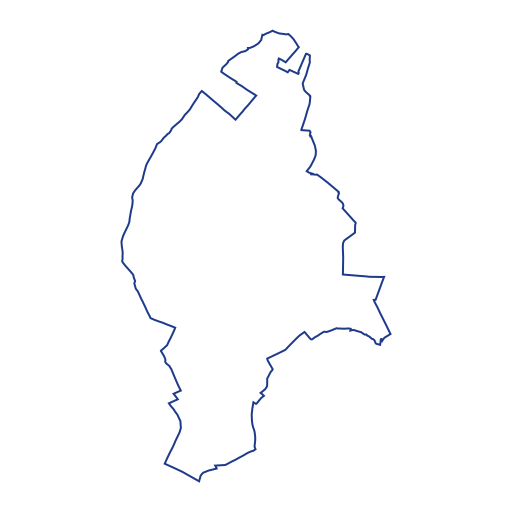 the district of Simian, Bihor, Romania
{"feature_id": "2599482B37534807810432", "entity_name": "Simian", "entity_type": "district", "adm_level": 2, "iso_a3": "ROU", "parent_name": "Romania", "parent_adm1": "Bihor", "projection": "natural_earth1", "projection_center": [22.074, 47.478], "detail": "fine", "context": "isolated", "style": "outline", "palette": "blue", "viewbox_px": 512, "rotation_deg": 0, "n_neighbors": 0, "source": "geoboundaries", "source_scale": "gbopen_adm2", "svg_char_len": 6008}
<svg xmlns="http://www.w3.org/2000/svg" viewBox="0 0 512 512"><path d="M255.5,449.3L254.7,447.1L254.6,445.8L255.2,440.5L255.2,438.6L255.2,436.8L255.0,435.5L254.9,434.0L254.5,431.6L254.3,430.6L253.8,429.1L253.3,427.7L252.9,426.7L252.4,424.0L252.0,421.4L251.8,417.6L251.7,414.6L252.1,410.7L252.4,408.3L253.4,402.3L255.8,403.8L256.5,403.7L259.0,400.6L261.0,398.2L263.9,395.8L262.3,394.3L260.6,392.9L261.9,391.9L263.6,390.5L265.2,389.2L266.5,387.2L267.0,386.2L267.2,384.2L267.2,380.7L267.2,378.6L270.7,371.9L272.1,370.4L272.7,369.2L269.1,363.0L267.9,360.8L267.2,358.9L267.2,358.6L280.0,352.5L284.4,350.3L285.3,349.9L285.6,349.6L288.4,346.6L294.4,340.5L296.6,338.3L298.9,336.1L300.1,335.1L304.5,332.0L305.0,332.5L309.7,338.1L310.6,339.0L311.1,339.3L311.5,339.4L311.9,339.4L312.3,339.2L314.3,337.7L315.8,336.7L317.5,335.9L320.2,334.0L321.6,333.2L322.8,332.4L323.5,332.0L323.9,331.8L324.5,331.7L325.2,331.8L326.2,332.0L327.2,331.8L328.5,331.4L331.3,330.4L332.7,329.8L335.0,328.9L336.5,328.2L337.7,328.5L340.5,328.5L342.3,328.7L347.1,328.6L348.2,328.4L350.7,328.8L350.6,329.7L350.4,330.6L352.4,330.1L353.5,329.9L354.3,330.2L355.5,330.5L356.6,330.9L358.6,331.5L361.2,332.2L362.4,333.1L364.7,334.6L365.6,334.6L366.3,334.5L366.6,334.8L367.3,335.6L369.2,336.5L371.0,338.0L371.3,338.4L371.9,338.8L373.1,339.1L373.5,339.4L374.4,340.3L375.0,341.4L375.5,343.0L376.3,343.8L380.1,344.8L380.2,343.7L380.5,342.6L380.8,339.3L381.0,339.1L381.4,339.0L381.8,339.2L382.3,340.7L383.1,339.4L384.5,337.7L390.5,334.0L390.2,333.4L386.3,325.4L385.3,323.4L383.3,319.4L380.7,314.2L377.2,306.9L374.7,302.2L373.8,299.9L375.6,299.8L378.4,292.2L380.3,287.0L382.1,282.0L384.1,276.9L380.5,277.0L377.3,276.9L369.7,276.8L365.1,276.3L358.4,275.8L342.9,274.5L343.2,257.6L342.9,250.1L342.8,246.5L343.0,244.0L343.1,243.1L344.1,240.8L344.4,240.4L345.9,239.3L349.9,236.4L355.0,232.6L355.1,225.6L355.3,224.5L355.7,223.2L355.5,222.4L354.2,221.2L344.6,210.5L342.6,208.3L342.8,207.9L343.4,206.0L343.3,204.9L343.0,203.9L342.2,202.6L340.6,201.1L338.6,199.4L337.7,198.0L337.9,196.4L339.0,193.3L338.4,192.5L338.7,192.0L337.4,190.8L328.7,183.5L328.3,183.1L325.6,181.0L321.0,177.4L317.1,174.6L316.6,174.7L315.6,174.7L314.7,174.6L313.6,174.4L312.7,174.3L311.6,174.3L310.6,174.3L310.2,174.4L310.5,174.2L311.8,173.5L310.2,173.0L308.8,172.5L306.7,171.2L306.8,170.9L307.5,170.2L310.2,166.8L311.5,164.4L314.1,159.4L315.6,155.4L315.8,153.1L315.9,150.7L314.8,145.5L311.7,137.9L311.6,137.2L310.4,136.6L310.3,136.3L310.4,136.1L310.6,136.0L310.8,136.0L310.8,135.8L310.3,135.7L310.1,135.6L309.9,135.4L310.1,134.8L310.2,134.1L310.1,133.3L310.1,133.1L310.5,132.2L309.6,130.7L301.4,130.1L301.4,129.4L302.9,125.3L305.3,118.0L307.4,110.5L308.3,107.9L309.5,104.3L310.0,100.9L310.0,100.1L310.1,99.1L310.3,97.3L310.3,96.2L310.2,96.0L309.8,96.1L309.4,95.2L308.7,94.4L307.9,93.8L306.3,92.4L305.3,91.4L304.4,90.3L303.9,89.1L303.6,87.8L303.4,86.8L303.2,85.7L302.7,83.9L303.0,82.6L306.2,74.8L308.0,68.3L309.8,62.6L309.7,59.5L309.9,55.5L308.3,54.5L306.4,53.8L306.2,53.7L305.9,54.0L299.3,69.4L298.5,71.1L298.6,71.9L298.7,72.6L298.7,73.1L298.2,73.9L289.5,69.9L287.7,72.3L285.0,70.8L277.1,67.0L277.2,65.5L277.4,65.0L277.4,64.6L277.3,64.3L277.6,63.5L278.1,62.9L278.4,62.4L278.5,59.2L278.9,58.5L279.3,58.7L280.9,59.5L282.6,60.4L285.0,61.9L285.7,62.3L289.3,58.1L295.5,51.1L297.0,49.3L298.8,47.2L297.7,45.7L296.7,44.1L296.6,43.8L295.5,42.2L293.7,39.4L291.3,36.7L288.3,34.0L286.5,34.4L283.0,33.9L279.1,33.4L275.0,31.9L272.6,30.7L269.7,32.2L265.9,33.7L263.5,35.1L262.4,34.8L261.8,37.3L261.2,40.0L258.4,43.4L253.9,46.3L250.0,47.9L247.9,48.0L248.0,49.4L245.1,51.2L241.8,51.9L240.8,52.3L238.5,53.5L234.5,56.5L229.7,59.9L228.1,61.1L228.1,62.0L226.5,64.0L222.5,67.7L221.2,71.7L224.3,74.0L226.5,75.4L229.6,77.5L233.3,79.8L234.4,80.4L236.6,81.9L236.4,82.9L238.0,83.9L241.8,86.1L246.7,89.6L250.5,92.0L255.4,95.0L256.2,95.6L255.6,96.2L252.9,99.4L249.0,104.1L247.9,105.4L244.3,109.3L242.6,111.6L240.4,114.0L238.0,116.8L235.5,119.7L234.0,118.4L233.4,117.7L229.2,113.9L224.5,110.4L221.7,107.8L217.8,104.4L213.7,101.0L205.2,93.7L201.8,91.0L199.3,93.8L197.6,97.5L194.1,102.6L191.7,106.4L189.9,109.4L188.0,111.6L184.9,114.8L181.9,119.3L179.4,121.8L176.3,124.4L172.3,127.9L171.3,129.4L171.2,130.0L170.9,130.7L169.1,133.2L167.5,134.0L166.6,135.2L163.7,137.8L161.3,141.0L160.4,141.9L157.1,144.0L156.3,145.9L155.2,148.7L153.9,151.1L151.7,155.2L148.9,160.1L147.5,162.6L146.5,164.6L146.0,165.8L145.1,169.4L144.5,171.3L143.6,174.8L142.7,178.9L140.8,183.4L139.6,185.2L137.2,188.0L135.0,190.5L133.1,193.4L132.2,197.0L132.2,197.8L132.7,200.5L132.4,204.5L131.8,207.7L131.1,210.5L130.3,215.0L129.6,219.1L129.4,221.7L128.5,224.4L127.4,226.9L126.0,229.7L124.2,233.5L123.0,236.3L121.5,241.4L121.6,244.0L121.9,247.0L122.4,249.9L122.7,253.2L122.5,255.6L122.6,258.3L122.2,261.4L123.0,262.7L125.3,265.7L127.9,268.6L130.5,271.5L132.6,274.0L133.4,275.3L133.7,277.3L135.1,281.0L134.3,283.4L135.2,286.7L135.9,288.9L137.3,290.7L138.0,291.7L141.3,299.0L143.2,302.6L143.3,303.0L145.3,307.1L146.1,308.9L146.6,310.2L148.1,313.2L149.7,316.2L150.5,318.1L154.6,319.9L159.0,321.5L162.9,322.8L167.0,324.5L171.5,326.2L175.2,327.7L174.4,329.8L172.1,334.9L170.5,338.2L168.6,341.9L167.1,345.2L164.0,348.1L160.9,350.7L161.1,351.4L161.4,351.7L162.7,353.9L164.3,356.6L165.4,359.6L165.2,361.8L166.2,363.4L169.5,366.1L170.1,367.4L171.1,368.7L172.2,371.3L173.8,375.2L176.6,381.8L176.9,382.4L178.3,385.6L180.8,390.6L177.1,392.2L173.6,393.8L175.6,396.3L177.8,399.3L168.9,403.3L171.0,406.3L173.5,409.1L175.3,411.9L177.5,414.9L178.9,418.0L179.9,420.1L180.4,421.0L180.6,424.5L180.9,427.9L179.4,432.8L179.0,433.5L177.3,437.1L175.3,441.2L174.2,444.0L172.0,448.6L170.3,451.8L168.5,455.5L166.5,459.7L165.2,462.7L164.7,463.7L174.0,467.9L182.3,471.8L199.1,481.3L200.6,475.8L201.9,474.0L203.2,472.7L206.0,471.6L208.7,470.5L211.0,470.0L212.8,469.5L213.9,469.2L216.7,468.6L216.7,468.4L215.2,465.6L225.3,465.0L233.8,460.5L234.3,460.4L239.9,457.3L242.6,455.9L247.5,453.0L249.2,452.2L251.1,451.4L253.0,450.9L255.5,449.3Z" fill="none" stroke="#1e3a8a" stroke-width="2"/></svg>